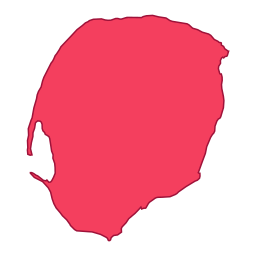 Emau, Vanuatu
{"feature_id": "77236927B40148322010729", "entity_name": "Emau", "entity_type": "district", "adm_level": 2, "iso_a3": "VUT", "parent_name": "Vanuatu", "parent_adm1": "", "projection": "natural_earth1", "projection_center": [168.487, -17.482], "detail": "fine", "context": "isolated", "style": "filled", "palette": "rose", "viewbox_px": 256, "rotation_deg": 0, "n_neighbors": 0, "source": "geoboundaries", "source_scale": "gbopen_adm2", "svg_char_len": 2401}
<svg xmlns="http://www.w3.org/2000/svg" viewBox="0 0 256 256"><path d="M154.2,198.9L154.6,198.5L156.4,197.6L157.9,197.3L161.8,197.2L170.0,196.7L175.3,194.5L176.9,193.5L178.6,191.8L186.0,186.6L195.1,181.1L197.4,180.2L199.5,178.3L200.0,176.1L199.9,173.3L199.1,173.3L198.3,172.7L201.9,162.7L205.4,153.3L206.7,146.7L210.6,137.4L212.6,134.2L213.5,133.5L214.7,131.1L215.0,126.2L216.9,121.0L218.5,118.8L219.7,118.4L220.7,116.9L223.4,107.8L223.9,100.7L223.4,96.4L221.8,88.6L221.5,84.6L222.2,80.4L222.1,77.1L221.3,74.0L220.3,74.1L219.7,73.4L218.4,68.8L218.7,66.2L220.1,64.0L220.5,63.4L220.5,62.7L220.4,60.5L221.5,58.1L222.7,57.2L223.7,57.9L224.9,56.6L226.8,56.2L227.3,55.6L228.6,51.2L228.2,51.2L224.7,48.7L223.6,46.4L221.4,45.1L221.3,43.0L221.0,42.7L219.1,42.4L217.9,41.3L214.3,39.5L210.8,35.4L208.6,34.0L202.3,32.2L197.7,29.7L192.6,28.2L189.0,24.9L187.1,23.8L172.4,21.4L170.0,20.6L166.0,18.0L158.7,16.9L152.6,15.4L146.4,15.8L143.2,16.6L141.4,17.6L137.5,17.5L127.1,17.4L127.1,17.6L125.5,17.8L121.4,19.1L120.0,19.1L117.9,18.5L115.7,18.5L110.8,20.2L108.0,20.3L105.3,20.0L101.5,18.9L93.3,19.3L89.2,20.7L88.4,21.5L85.4,22.9L82.3,25.6L77.1,29.6L70.5,36.7L60.9,46.8L59.4,49.6L56.6,53.9L55.2,55.6L53.8,58.9L52.6,61.2L51.1,63.1L43.9,77.3L42.6,80.9L41.1,87.0L38.5,91.4L37.2,94.9L36.5,98.9L33.9,107.9L32.1,117.9L31.0,120.4L28.3,128.7L28.6,135.3L27.5,140.5L27.8,147.6L27.4,150.0L27.8,154.3L30.1,155.2L32.0,154.9L30.5,148.8L31.4,142.6L32.9,136.5L33.0,132.7L34.6,128.2L35.4,123.2L35.7,122.5L37.6,120.9L40.2,121.2L41.3,122.2L42.1,124.4L42.2,128.6L43.0,130.9L44.6,132.5L45.3,134.4L46.9,135.2L49.0,136.7L49.2,137.3L49.7,138.5L50.8,145.5L51.6,151.0L53.1,154.8L52.9,158.2L54.7,163.4L55.1,167.7L55.2,173.2L53.5,177.4L51.7,180.8L50.6,182.0L48.9,182.3L47.5,180.7L46.9,180.0L46.3,180.6L46.1,180.8L43.5,180.4L38.0,176.1L37.7,175.9L37.4,175.7L36.2,175.3L33.6,173.5L31.7,172.6L30.4,172.6L30.4,173.2L34.3,177.4L42.6,181.6L48.2,187.7L50.6,192.1L52.2,198.9L53.9,203.7L56.2,208.0L60.2,212.7L62.5,215.8L66.7,219.8L70.1,224.5L70.4,225.4L74.5,229.5L76.7,230.8L87.6,231.6L92.1,231.9L100.6,234.4L106.4,237.4L107.5,238.4L108.3,240.3L108.7,240.6L109.7,240.6L110.5,239.9L111.2,237.6L113.6,235.5L117.6,234.9L121.5,232.1L121.3,228.6L122.1,226.9L126.0,222.8L128.7,218.7L135.2,213.2L139.3,208.9L140.9,207.1L141.6,209.0L143.9,208.2L145.4,208.2L145.9,207.9L148.4,203.5L149.5,202.2L154.2,198.9Z" fill="#f43f5e" stroke="#9f1239" stroke-width="1.5"/></svg>